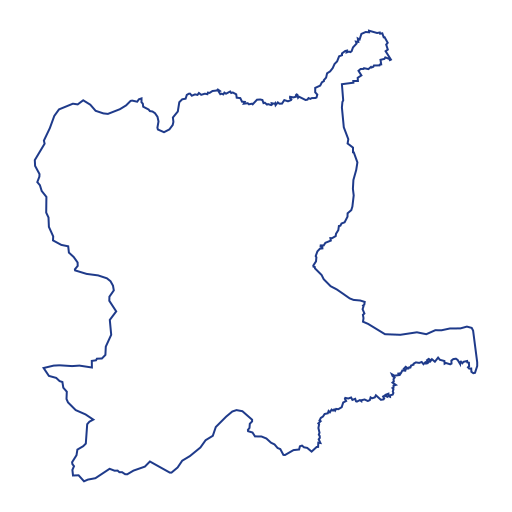 the district of Si Banphot, Phatthalung, Thailand
{"feature_id": "78962969B76143579725906", "entity_name": "Si Banphot", "entity_type": "district", "adm_level": 2, "iso_a3": "THA", "parent_name": "Thailand", "parent_adm1": "Phatthalung", "projection": "albers", "projection_center": [99.901, 7.693], "detail": "fine", "context": "isolated", "style": "outline", "palette": "blue", "viewbox_px": 512, "rotation_deg": 0, "n_neighbors": 0, "source": "geoboundaries", "source_scale": "gbopen_adm2", "svg_char_len": 5930}
<svg xmlns="http://www.w3.org/2000/svg" viewBox="0 0 512 512"><path d="M96.9,358.7L96.0,360.3L91.8,360.9L91.9,367.5L79.4,365.6L72.1,366.1L59.6,365.3L53.7,365.6L43.6,368.0L48.9,375.9L56.2,377.9L59.6,381.1L62.4,382.0L63.3,387.7L66.8,391.7L66.5,399.0L68.0,402.4L75.7,410.1L85.5,414.4L93.3,419.6L89.4,421.7L87.2,424.2L85.8,443.6L83.2,446.2L77.4,449.6L76.5,455.2L72.1,462.2L72.4,464.1L74.0,466.2L72.4,469.9L73.0,475.5L78.6,475.3L84.0,481.3L87.9,479.6L95.4,478.2L109.6,468.8L114.6,470.7L117.6,470.6L119.4,472.2L122.1,472.2L125.1,474.2L127.2,474.3L133.5,470.6L144.9,466.6L149.9,461.5L169.8,472.6L171.5,472.6L177.6,467.5L182.2,460.7L190.0,456.0L200.4,447.5L205.6,440.2L212.8,435.8L215.8,427.0L226.2,416.6L232.3,411.5L236.5,410.1L242.4,411.2L252.1,419.7L252.1,421.4L249.8,423.8L249.5,427.9L247.9,429.9L248.1,431.2L252.5,432.5L255.0,436.4L261.5,436.5L266.4,438.5L271.0,442.7L274.5,444.4L277.6,448.0L280.3,449.1L283.4,454.9L285.0,455.0L293.5,450.1L299.1,449.5L299.9,446.3L302.0,445.6L304.0,447.3L307.2,447.9L311.6,451.6L316.6,447.0L318.1,446.9L318.3,442.7L320.4,443.0L318.7,439.3L319.8,437.9L319.7,436.0L318.8,434.7L319.5,432.7L318.4,428.0L319.1,424.3L318.3,423.4L320.6,421.2L319.5,420.5L320.8,417.9L323.0,416.5L324.6,414.0L327.8,413.3L328.6,411.0L329.9,412.3L331.6,409.6L333.0,410.6L334.1,409.5L335.1,410.7L336.1,408.9L338.3,409.2L341.7,407.2L343.2,402.5L346.1,401.0L344.9,398.8L345.3,397.9L348.3,398.5L351.1,397.5L352.4,399.9L355.2,398.8L356.0,401.3L356.9,401.6L359.9,400.1L361.4,401.2L361.5,400.2L364.6,399.5L367.8,401.0L369.8,400.1L370.6,397.4L372.0,398.3L374.8,397.4L375.9,395.3L380.9,399.8L383.5,399.4L384.2,398.4L383.1,396.5L384.5,395.7L386.6,396.5L385.8,394.7L388.4,393.7L388.5,396.1L390.1,396.8L390.1,395.3L392.7,394.6L393.4,392.9L392.8,391.6L393.4,389.4L392.5,388.1L393.5,387.7L393.5,385.6L395.8,384.9L392.5,382.6L393.8,381.4L393.5,379.2L394.6,377.6L392.6,376.1L391.8,374.2L394.5,375.7L399.7,375.0L400.0,374.5L398.7,374.4L398.4,373.6L400.9,373.2L402.4,370.4L405.3,370.7L405.6,369.6L404.0,368.6L405.7,366.8L407.1,367.8L406.9,368.6L408.5,368.5L409.2,367.3L410.4,367.5L411.1,365.5L413.5,364.7L413.6,363.7L415.9,362.4L419.2,362.9L421.7,362.0L423.5,364.2L425.5,362.1L426.4,362.2L426.3,363.5L427.6,363.2L428.2,362.5L427.0,360.2L428.7,358.9L429.9,359.7L429.3,361.6L430.1,361.7L431.9,359.2L434.9,361.7L438.1,357.6L439.9,359.8L444.4,361.0L444.6,363.7L445.9,363.0L450.2,364.3L451.5,363.6L451.4,360.6L453.3,359.1L455.9,358.7L457.7,360.0L460.0,363.8L460.0,362.3L460.9,361.6L462.2,363.3L463.6,361.8L467.1,361.0L467.3,362.4L468.9,362.7L469.1,366.3L468.0,367.3L469.2,368.6L471.2,368.5L471.4,371.8L473.3,373.2L475.0,372.8L477.2,366.0L477.2,362.3L473.1,330.6L471.7,327.9L466.9,326.6L460.4,328.4L449.8,328.5L441.4,330.3L435.3,330.2L426.3,334.2L416.9,332.3L400.3,334.8L385.0,334.2L368.1,323.9L363.0,321.7L363.5,318.1L362.9,314.8L364.4,313.5L362.6,309.2L363.5,306.4L363.0,305.6L364.3,304.6L364.7,301.9L360.2,300.5L353.5,299.9L349.7,298.4L336.9,289.5L330.6,286.2L323.7,279.2L321.6,275.0L315.0,268.4L314.7,266.9L313.5,266.7L313.3,265.5L316.0,261.4L316.4,257.3L315.7,256.1L317.4,251.4L319.9,248.7L322.4,248.4L322.3,247.0L320.6,246.4L320.7,245.4L323.7,245.4L325.4,242.8L330.8,240.6L330.4,238.1L332.0,238.2L335.7,236.1L336.0,233.8L338.3,230.1L338.9,226.0L340.4,225.7L341.5,223.5L344.6,222.3L347.5,216.7L347.6,213.3L351.3,210.1L352.4,206.5L353.7,195.4L352.9,188.8L353.4,180.0L356.2,170.0L357.4,162.4L353.8,152.4L353.0,152.3L353.0,147.6L347.6,143.5L348.3,139.2L343.8,127.3L341.9,107.5L342.4,102.0L343.2,100.4L341.9,84.2L353.4,82.7L353.3,81.0L357.9,81.0L357.7,77.8L361.4,75.4L358.5,70.8L360.6,69.0L363.6,68.9L364.0,68.2L368.4,69.1L371.0,66.9L371.5,67.5L373.3,66.8L373.9,65.5L379.5,65.4L379.8,64.6L381.2,64.4L380.5,59.8L384.4,58.9L385.3,57.4L389.3,58.9L389.9,60.1L390.9,59.6L385.6,51.2L387.8,49.6L386.2,44.6L387.7,42.8L384.6,37.2L383.7,37.3L382.3,33.3L380.1,33.7L379.8,32.5L377.1,33.0L369.0,30.7L369.1,32.3L365.7,32.0L361.4,33.9L359.6,39.5L357.8,38.5L358.3,41.9L355.9,41.6L356.6,43.5L353.0,47.4L351.6,51.2L350.4,52.1L348.9,51.6L346.6,52.4L346.9,50.6L345.2,51.0L342.0,53.4L342.0,55.2L339.1,56.3L337.1,61.4L334.6,63.9L332.7,68.1L330.1,71.4L327.1,73.3L326.1,77.6L323.9,80.1L323.9,81.1L321.9,82.3L320.2,85.6L315.2,87.9L315.2,92.3L317.3,94.6L316.5,97.5L315.4,98.0L311.8,98.1L310.3,98.9L308.5,98.1L307.5,99.6L305.6,100.0L299.0,96.7L298.1,97.7L297.4,94.8L296.6,94.4L295.9,95.2L296.4,96.6L293.4,97.4L290.1,96.8L290.0,98.0L291.4,99.4L291.0,100.1L288.0,101.3L284.3,100.1L282.0,103.6L279.4,103.7L277.8,102.4L275.6,105.2L275.2,103.2L274.7,103.8L271.7,103.2L272.0,104.5L271.2,105.1L268.0,104.1L267.0,104.6L264.8,102.7L263.5,103.1L262.4,100.0L260.3,99.5L257.0,99.7L252.7,104.3L252.0,103.7L248.9,104.3L247.7,103.2L243.8,103.7L244.7,101.9L242.0,101.7L240.3,98.1L236.7,97.7L236.2,94.3L232.8,92.5L231.2,93.0L230.2,91.5L226.0,93.7L224.4,92.6L223.3,94.4L221.6,93.7L220.3,94.2L218.7,91.6L219.9,91.0L217.8,89.5L216.8,90.5L212.5,91.0L209.6,92.9L207.9,92.6L207.4,94.2L204.9,93.7L201.2,94.8L198.9,93.0L197.5,94.9L195.0,94.4L191.8,95.7L190.1,93.7L188.9,93.7L186.8,94.9L185.6,98.7L182.2,99.3L179.3,102.2L177.8,111.5L172.9,117.5L173.4,121.9L172.7,125.0L169.4,129.4L164.0,132.2L157.9,129.5L157.4,127.7L158.5,121.5L157.5,116.8L155.0,113.2L152.5,111.5L149.9,111.1L148.6,109.5L143.2,106.7L142.8,103.6L141.5,102.3L141.5,98.4L138.9,99.3L137.2,101.7L132.2,100.6L130.6,100.9L126.1,105.4L119.9,109.2L107.9,113.9L103.4,113.4L95.6,110.8L90.3,104.7L83.2,100.3L77.7,104.4L72.9,103.7L59.0,109.4L54.3,115.9L49.8,128.2L43.9,140.6L44.6,143.7L34.8,160.1L35.1,165.9L39.5,174.1L39.4,176.6L37.3,182.1L39.9,185.2L41.7,191.0L46.4,196.9L46.2,212.6L48.5,217.5L48.9,226.9L53.2,236.4L53.0,240.4L61.3,244.9L68.2,246.3L68.9,252.6L73.7,257.0L77.6,262.5L77.7,265.9L74.9,269.3L75.1,270.4L86.6,273.9L98.1,275.4L106.9,278.3L110.5,281.2L113.0,285.7L113.8,290.4L109.4,296.7L109.3,300.8L116.2,311.4L109.8,319.9L111.2,334.8L105.8,346.6L105.4,354.9L101.9,358.5L96.9,358.7Z" fill="none" stroke="#1e3a8a" stroke-width="2"/></svg>